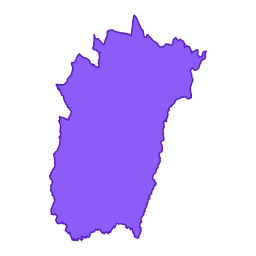 Marolambo, Atsinanana, Madagascar
{"feature_id": "10022922B10629043557873", "entity_name": "Marolambo", "entity_type": "district", "adm_level": 2, "iso_a3": "MDG", "parent_name": "Madagascar", "parent_adm1": "Atsinanana", "projection": "equal_earth", "projection_center": [47.828, -20.084], "detail": "fine", "context": "isolated", "style": "filled", "palette": "violet", "viewbox_px": 256, "rotation_deg": 0, "n_neighbors": 0, "source": "geoboundaries", "source_scale": "gbopen_adm2", "svg_char_len": 5695}
<svg xmlns="http://www.w3.org/2000/svg" viewBox="0 0 256 256"><path d="M58.9,120.6L59.4,122.6L60.1,123.3L60.8,126.8L60.3,127.4L60.4,129.4L59.9,131.8L60.5,132.4L60.9,132.4L61.2,133.1L60.3,134.9L60.5,136.8L60.1,137.1L59.3,136.9L59.3,137.7L59.7,138.7L60.5,139.5L59.8,141.9L59.9,144.0L58.1,148.4L57.4,149.5L57.0,151.5L55.8,151.6L55.1,152.9L54.4,153.2L53.6,154.4L54.1,155.7L54.1,156.9L54.8,158.4L54.5,159.5L55.1,161.7L54.7,162.8L55.2,165.6L53.8,168.4L52.9,169.5L51.7,172.5L51.0,172.9L51.0,174.4L49.9,175.4L49.7,176.9L50.3,177.8L50.5,179.0L51.5,179.3L52.4,180.9L52.2,182.0L52.8,182.7L50.8,185.6L51.0,188.1L50.7,190.3L51.1,191.5L52.4,192.5L52.4,194.0L52.0,194.6L53.3,196.2L54.2,196.8L54.0,198.1L54.8,200.3L51.2,209.4L51.1,211.8L51.5,213.1L51.4,214.2L51.8,214.1L53.4,214.8L54.9,213.7L55.4,214.7L57.0,215.6L57.0,216.9L55.7,220.1L57.4,223.3L59.1,223.8L60.9,223.0L61.4,222.3L61.9,222.4L62.5,223.5L62.9,223.1L63.7,223.7L64.9,223.6L65.5,225.0L66.7,225.1L67.0,225.9L66.9,226.6L66.7,227.3L66.1,227.6L65.4,230.6L66.4,231.1L68.4,233.4L68.7,233.4L69.6,232.5L70.1,233.0L70.3,233.7L70.1,234.8L71.2,236.4L71.3,237.7L72.1,238.8L72.1,239.7L72.6,240.0L74.0,239.0L74.0,240.0L74.6,239.6L75.0,240.4L76.2,239.7L77.5,240.6L77.9,240.2L78.0,238.7L78.6,239.0L79.8,238.6L80.4,238.7L81.4,240.3L82.5,239.5L82.8,238.5L82.5,237.7L81.6,237.2L81.5,236.5L81.9,236.2L84.1,237.6L86.2,237.8L86.6,236.5L87.3,236.1L88.2,237.4L88.8,237.4L90.0,235.3L89.9,234.2L91.2,232.5L91.5,232.2L93.1,232.2L94.5,231.4L95.6,229.5L95.8,229.9L96.9,229.8L97.6,230.2L98.3,229.4L98.8,229.3L101.6,231.7L102.0,232.8L103.1,232.6L103.4,233.3L103.9,233.6L104.4,233.7L105.3,232.4L106.7,231.9L107.3,233.3L108.5,233.4L109.0,232.6L109.1,231.7L110.0,231.6L110.3,232.1L110.7,232.0L111.2,230.1L111.5,230.0L113.1,227.2L114.1,227.7L114.9,227.3L116.1,223.9L117.0,223.5L118.7,224.0L120.4,223.7L124.3,224.5L125.1,224.3L126.1,225.7L125.6,226.6L126.1,227.4L127.1,228.2L127.5,228.1L127.9,227.1L129.1,227.4L130.0,227.9L130.1,229.1L130.6,229.5L131.5,228.3L131.8,228.4L132.3,229.1L132.3,229.9L132.6,230.1L132.5,231.0L133.0,231.7L133.0,232.9L133.6,233.1L134.7,235.3L134.5,236.7L137.3,238.1L137.7,238.0L138.8,237.3L138.6,236.2L140.4,232.9L141.1,230.5L140.8,229.3L141.0,227.8L140.2,227.4L139.6,226.2L140.2,223.5L141.5,222.1L140.8,219.2L141.8,217.1L143.8,214.5L144.0,213.8L143.7,213.2L144.2,211.7L145.0,211.3L144.9,209.7L146.6,206.1L147.9,201.6L147.9,199.6L148.7,198.7L149.6,198.9L149.7,197.9L149.0,197.6L149.4,196.6L149.7,194.8L150.1,194.9L150.5,194.0L151.5,193.7L151.6,191.8L152.5,189.7L153.2,189.1L153.7,186.8L154.7,185.5L155.5,185.1L156.0,183.7L155.8,182.7L154.7,181.5L154.5,180.0L153.4,179.6L152.8,178.5L152.7,176.5L153.5,174.1L155.2,173.2L155.7,172.3L156.0,170.7L157.1,168.4L158.1,167.3L157.8,165.1L158.8,164.4L160.2,161.2L159.9,159.6L160.3,157.7L159.2,156.7L159.0,154.8L159.9,152.5L161.8,151.6L162.2,150.7L162.4,147.8L161.7,144.6L161.1,143.4L161.0,142.0L161.4,141.3L163.5,140.3L163.9,139.0L163.1,135.1L163.4,133.6L163.0,131.4L163.1,129.4L164.3,126.6L163.7,125.2L164.0,121.6L164.7,120.3L165.0,120.3L165.5,121.4L166.4,121.4L166.6,118.5L167.5,117.5L167.6,115.0L168.1,114.5L167.5,113.2L167.7,112.4L168.1,111.3L169.1,110.1L168.9,108.4L170.0,107.0L171.0,106.5L171.5,105.6L171.7,106.0L172.2,105.1L173.9,103.6L176.2,99.7L181.1,97.8L181.8,96.9L183.4,97.3L185.5,96.5L187.0,98.4L188.4,98.8L190.4,98.3L191.2,97.5L191.3,95.1L190.4,90.8L190.4,87.3L192.8,79.9L192.7,78.9L191.7,77.0L191.8,75.2L190.5,71.5L190.4,70.5L192.5,67.9L193.4,68.2L194.3,70.0L195.2,70.2L197.0,69.5L198.9,67.7L200.0,63.9L201.0,62.4L201.7,60.3L204.4,59.0L204.8,58.5L205.7,56.4L205.1,53.6L206.3,51.5L205.2,51.3L203.3,52.2L202.8,52.9L201.9,56.2L201.4,56.8L199.9,57.2L197.6,54.7L198.0,51.1L197.7,50.2L197.2,49.8L196.3,49.8L194.5,51.5L192.8,51.5L191.4,52.8L191.1,50.6L189.3,46.6L188.4,46.7L186.8,45.6L185.1,47.0L184.5,47.0L184.2,46.1L185.0,44.1L183.9,42.7L183.5,41.3L182.2,40.9L180.4,39.3L178.6,40.6L175.6,37.7L173.4,39.6L173.0,41.0L173.0,42.8L171.7,45.3L170.6,45.1L168.4,44.2L166.3,44.1L165.9,44.1L163.5,46.7L162.4,46.5L161.3,47.1L159.4,46.5L158.7,45.9L158.0,44.2L155.3,41.9L153.4,41.0L149.0,36.2L148.0,34.8L147.1,34.8L146.5,37.0L144.7,37.0L143.9,35.9L143.1,30.9L141.1,28.6L136.3,17.6L135.1,16.3L134.7,15.4L134.2,15.4L133.8,16.0L132.7,22.5L132.8,24.7L131.7,31.0L131.6,33.5L130.9,35.7L130.4,35.5L129.2,34.2L128.5,34.4L126.7,33.6L123.7,33.3L122.9,32.9L122.2,33.2L120.1,32.7L114.5,31.4L113.1,30.2L110.3,30.0L109.7,30.6L108.7,30.6L107.5,31.3L107.1,33.5L107.3,34.3L107.0,36.5L105.6,39.0L105.2,40.7L104.5,42.3L104.4,43.8L103.8,44.4L102.4,44.0L100.6,41.4L100.0,41.1L98.3,38.8L96.8,39.3L95.9,38.4L95.1,38.3L94.1,34.2L94.2,39.9L93.9,43.9L93.4,46.7L92.7,48.3L93.3,49.1L94.3,49.4L94.9,50.0L96.6,49.8L97.1,51.1L97.7,51.6L100.1,52.5L99.0,53.5L98.8,54.0L99.7,56.3L99.4,56.6L99.4,58.9L98.7,60.2L98.9,61.9L98.4,63.4L98.6,63.6L98.8,63.2L99.1,63.7L98.8,64.5L99.0,65.1L98.4,67.0L97.3,67.6L96.7,66.9L95.1,66.5L94.3,64.9L93.6,65.0L93.1,64.5L92.6,65.1L92.6,64.3L92.2,64.1L90.9,64.2L89.1,60.2L87.3,58.7L83.4,57.6L79.2,54.0L77.3,56.5L75.9,60.1L74.3,62.4L71.6,62.9L71.7,64.5L72.4,66.3L72.8,68.6L72.5,70.7L71.5,73.4L71.7,74.7L70.7,75.2L67.4,79.3L67.1,81.6L64.0,84.6L62.2,84.8L56.5,84.5L56.9,85.2L56.5,85.6L57.2,86.2L57.4,87.3L58.0,87.4L58.1,87.8L57.6,88.1L57.9,89.1L58.8,88.6L59.0,89.6L59.8,89.6L59.6,90.6L61.5,93.5L61.5,94.6L61.8,95.3L62.2,95.7L62.9,95.5L63.6,96.1L63.8,98.9L64.4,100.3L64.4,101.2L65.2,101.9L65.3,102.7L65.9,103.0L66.0,104.1L67.3,105.3L67.9,107.5L69.2,108.3L69.6,109.4L71.3,111.0L71.5,112.1L69.8,116.0L69.2,116.3L69.4,117.2L68.4,118.7L68.5,119.6L68.1,119.4L67.8,119.9L66.5,119.1L65.3,119.2L64.3,117.9L62.5,117.5L61.7,117.8L59.9,116.5L59.4,117.5L59.9,119.6L59.5,120.4L58.9,120.6Z" fill="#8b5cf6" stroke="#5b21b6" stroke-width="1.5"/></svg>